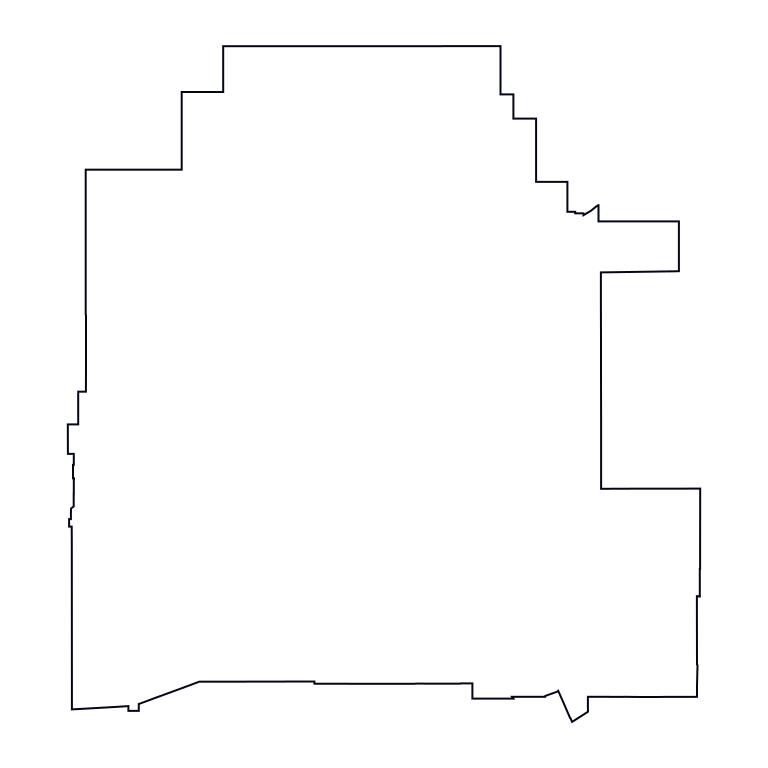 the district of Mingenew, Western Australia, Australia
{"feature_id": "25037944B46578815208654", "entity_name": "Mingenew", "entity_type": "district", "adm_level": 2, "iso_a3": "AUS", "parent_name": "Australia", "parent_adm1": "Western Australia", "projection": "robinson", "projection_center": [115.511, -29.145], "detail": "fine", "context": "isolated", "style": "outline", "palette": "ink", "viewbox_px": 768, "rotation_deg": 0, "n_neighbors": 0, "source": "geoboundaries", "source_scale": "gbopen_adm2", "svg_char_len": 2303}
<svg xmlns="http://www.w3.org/2000/svg" viewBox="0 0 768 768"><path d="M85.7,184.8L85.7,297.1L85.7,302.8L85.7,314.4L85.8,314.8L86.0,315.2L86.0,371.3L85.9,391.7L78.2,391.7L78.2,418.4L78.2,423.9L78.2,424.4L67.8,424.4L67.9,453.9L73.7,453.9L73.8,453.9L73.8,464.9L73.0,464.9L73.0,478.4L74.0,478.4L74.0,479.4L74.0,479.7L73.9,480.0L73.8,480.3L73.8,489.2L73.8,489.5L73.8,493.4L73.7,493.4L73.7,506.4L73.7,506.5L71.2,508.3L71.0,509.3L70.9,513.6L70.9,519.1L69.1,519.1L69.1,526.6L71.7,526.6L71.8,540.1L71.9,679.6L71.9,709.4L97.0,708.0L115.9,706.9L128.4,706.1L128.4,710.9L138.8,710.9L138.8,704.0L156.9,697.3L169.0,692.9L187.2,686.2L199.2,681.7L217.7,681.7L230.0,681.7L254.5,681.6L279.1,681.6L297.5,681.5L309.8,681.5L314.4,681.5L314.4,683.7L366.1,683.8L366.5,683.7L366.8,683.8L390.9,683.8L413.8,683.8L415.4,683.7L416.0,683.6L441.3,683.7L460.2,683.7L460.5,683.6L460.7,683.4L472.2,683.4L472.4,683.4L472.4,698.6L493.3,698.6L513.4,698.6L512.1,696.8L512.5,696.8L545.2,696.8L545.3,695.9L557.2,691.7L558.2,690.8L564.0,703.9L570.1,718.0L570.4,718.0L572.1,721.9L588.0,711.7L587.9,707.8L587.9,697.1L587.9,696.8L588.2,696.8L595.1,696.8L603.3,696.8L622.2,696.9L625.1,696.8L632.2,696.9L641.2,697.0L647.2,697.0L658.1,697.0L664.3,696.9L673.5,696.9L691.7,696.9L697.0,696.8L697.0,685.5L697.5,665.2L697.0,664.6L696.9,611.3L696.9,610.5L696.9,596.2L699.5,596.2L699.5,596.5L699.8,596.5L699.8,595.9L699.8,568.9L700.1,568.9L700.1,549.1L700.1,548.9L700.2,488.6L661.1,488.7L630.0,488.7L601.1,488.8L601.1,483.3L601.1,459.0L601.1,449.4L601.1,421.7L601.0,368.8L601.0,344.9L601.0,339.5L600.9,304.0L600.9,272.4L608.3,272.3L674.5,271.3L674.8,271.3L678.9,271.2L678.9,239.6L678.9,221.4L643.9,221.4L638.1,221.4L598.5,221.4L598.5,205.2L598.2,205.2L595.8,206.8L590.9,210.8L584.3,214.7L583.5,215.2L583.4,213.3L575.2,213.3L575.2,211.8L567.4,211.8L567.4,181.9L549.8,181.9L536.1,181.9L536.1,118.6L524.7,118.6L513.4,118.6L513.4,94.4L500.5,94.4L500.5,46.1L491.7,46.1L461.2,46.1L432.4,46.2L403.1,46.2L390.1,46.2L358.8,46.2L356.2,46.2L350.9,46.2L345.7,46.2L333.7,46.2L322.1,46.2L310.6,46.2L309.9,46.2L295.6,46.2L289.5,46.2L256.3,46.2L245.3,46.2L223.2,46.2L223.2,92.0L201.3,92.0L181.7,92.0L181.7,134.0L181.7,169.7L180.4,169.7L165.7,169.7L148.4,169.7L136.0,169.7L117.4,169.7L98.9,169.7L85.7,169.7L85.7,184.8Z" fill="none" stroke="#020617" stroke-width="2"/></svg>